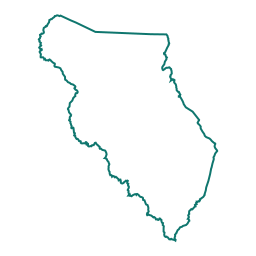 the district of Chikwawa, Chikwawa, Malawi
{"feature_id": "42251766B28594103932184", "entity_name": "Chikwawa", "entity_type": "district", "adm_level": 2, "iso_a3": "MWI", "parent_name": "Malawi", "parent_adm1": "Chikwawa", "projection": "robinson", "projection_center": [34.783, -16.215], "detail": "fine", "context": "isolated", "style": "outline", "palette": "teal", "viewbox_px": 256, "rotation_deg": 0, "n_neighbors": 0, "source": "geoboundaries", "source_scale": "gbopen_adm2", "svg_char_len": 5745}
<svg xmlns="http://www.w3.org/2000/svg" viewBox="0 0 256 256"><path d="M150.7,34.2L95.4,31.9L75.8,22.5L70.8,20.4L60.5,15.6L59.6,16.1L57.7,15.4L56.9,15.4L55.3,16.2L54.8,16.1L54.1,17.2L52.6,18.2L51.8,19.1L51.0,19.1L50.3,19.7L49.4,20.0L49.0,22.4L47.9,23.9L46.8,26.2L46.4,26.4L46.1,25.9L45.9,26.0L45.2,27.0L43.8,27.9L43.3,30.1L43.9,32.1L43.8,32.8L42.8,33.6L42.2,33.8L41.5,33.6L41.0,34.3L40.0,34.8L40.1,35.7L40.7,36.4L40.2,37.2L39.9,38.4L38.9,39.2L38.8,39.5L39.6,40.6L39.4,41.6L40.9,42.9L40.3,44.2L41.2,45.5L41.0,45.8L40.3,45.9L39.2,47.7L40.1,48.5L40.2,49.1L40.5,49.4L41.1,49.4L41.6,49.1L41.8,49.6L41.7,50.1L40.1,51.0L39.6,51.9L40.9,54.2L40.6,56.3L40.7,57.3L41.2,57.4L42.4,57.3L43.3,57.4L44.1,58.6L44.2,59.3L45.0,58.9L45.5,60.1L45.8,60.3L47.3,60.2L48.5,60.6L48.9,59.8L49.6,59.5L49.9,59.9L50.6,60.2L51.3,61.1L53.1,62.7L54.7,63.5L54.9,64.0L54.4,65.8L54.5,66.2L54.9,66.7L58.8,67.5L60.4,68.3L61.4,70.4L62.6,71.8L62.8,73.8L65.0,76.8L65.1,79.3L65.2,79.7L66.6,80.5L68.0,82.2L69.8,82.9L70.8,83.9L73.2,84.6L75.2,86.2L75.4,86.6L75.1,87.6L74.5,88.0L74.4,88.4L75.5,89.7L76.9,90.4L77.5,91.3L77.7,92.0L77.4,92.8L77.1,93.1L76.0,93.1L75.7,93.4L75.2,94.9L75.3,96.2L74.5,96.6L73.8,97.6L73.3,97.9L72.3,100.6L69.8,103.1L69.5,106.6L68.4,107.9L67.9,108.9L68.0,109.4L68.5,109.9L69.1,112.5L70.5,113.9L70.6,114.6L71.1,115.0L70.8,116.1L70.1,116.6L69.8,117.1L69.7,118.7L69.9,119.4L69.2,119.9L69.1,120.3L70.5,121.6L70.4,123.2L70.9,123.9L71.2,125.2L71.7,126.1L71.3,127.6L71.4,128.1L71.9,128.3L73.2,127.7L73.5,128.0L74.0,132.8L74.8,133.1L74.9,133.5L74.2,135.4L75.2,135.7L75.2,136.6L76.2,138.5L76.7,139.0L77.4,138.8L77.8,139.0L78.4,139.7L79.0,141.0L80.6,141.2L80.8,141.6L80.7,142.7L81.3,143.3L82.8,143.4L83.8,143.2L85.2,143.4L85.7,142.2L86.3,142.2L86.9,142.8L86.6,144.6L87.1,144.8L88.0,144.3L88.1,146.0L88.6,146.4L89.8,146.4L90.8,146.0L91.4,146.2L91.8,145.4L92.4,145.4L93.1,145.0L93.7,145.1L94.9,142.9L95.7,142.7L96.8,144.5L97.6,144.9L98.2,145.7L99.6,146.7L99.7,146.9L99.5,147.9L100.0,148.8L100.9,148.6L102.3,149.9L105.0,150.5L105.5,151.1L106.3,152.9L106.6,154.4L105.7,157.1L104.8,158.1L105.7,158.2L106.1,158.8L106.9,159.2L107.2,160.4L108.6,162.1L108.8,163.1L109.3,164.0L109.3,164.4L108.6,166.1L108.5,167.0L108.7,167.8L108.4,169.0L108.9,170.8L109.6,171.8L109.6,173.0L109.8,174.1L110.2,174.5L110.3,175.2L111.5,175.2L111.9,175.7L112.1,176.7L113.0,176.0L113.9,176.2L114.7,177.3L115.1,177.2L115.6,176.8L115.9,176.8L116.3,177.4L116.9,177.6L117.5,178.4L118.4,179.0L118.7,180.5L118.9,180.5L120.0,179.7L120.4,179.6L120.8,180.9L120.8,182.6L121.2,183.2L122.2,183.5L122.7,183.4L123.9,182.6L124.1,182.1L124.9,181.5L125.6,181.3L125.9,180.7L127.3,180.9L128.1,180.1L127.3,182.1L127.2,183.1L128.3,183.9L127.9,184.8L128.2,185.9L128.6,186.1L128.9,186.9L128.7,188.0L127.7,190.0L128.6,191.0L128.4,192.3L128.7,193.0L129.0,194.2L128.9,194.7L128.4,195.5L129.2,195.4L129.5,195.5L129.9,194.9L130.2,195.9L130.8,195.8L131.6,196.2L132.6,195.3L134.6,194.3L136.1,194.1L136.4,194.8L137.0,194.1L137.3,194.0L138.7,195.0L139.2,195.8L140.4,196.9L141.4,197.0L142.8,197.7L143.0,198.1L143.1,199.9L144.5,200.3L145.8,203.9L146.2,204.5L147.5,205.0L148.1,206.6L148.4,208.1L148.2,209.8L148.7,211.5L148.0,212.5L147.4,212.8L146.9,214.2L147.2,215.2L147.5,215.2L148.3,214.2L149.0,214.9L151.4,215.6L153.4,217.4L154.0,217.0L154.3,217.1L155.4,218.0L155.9,219.4L156.7,219.4L157.2,219.2L158.1,220.0L158.5,219.9L159.5,218.5L160.3,218.7L160.5,219.5L161.4,219.9L161.5,221.4L162.0,222.7L163.0,223.1L162.7,225.0L163.6,225.9L163.8,226.7L163.6,227.6L163.6,231.6L163.8,231.9L164.5,232.5L164.2,234.8L164.6,236.1L165.5,236.9L166.6,236.6L167.1,237.2L167.7,237.3L169.3,239.3L170.6,239.4L170.9,238.9L171.3,238.8L172.2,239.4L174.7,240.1L175.4,240.6L175.6,239.8L174.6,238.6L174.7,237.3L175.2,236.1L175.0,234.7L175.8,233.8L176.0,233.3L176.6,232.8L176.7,232.2L177.7,230.1L178.8,229.3L180.1,227.3L181.9,226.8L183.0,225.9L186.1,225.0L187.5,223.6L189.0,220.9L189.3,220.8L189.3,220.3L188.7,219.6L188.5,218.9L187.9,218.8L188.8,217.4L188.6,217.0L188.8,216.6L188.2,215.3L189.2,214.0L189.0,213.8L189.2,211.2L191.3,209.1L191.9,209.5L192.3,209.4L194.8,206.6L195.6,206.4L195.6,205.8L195.0,205.3L194.9,204.9L196.1,204.0L196.5,204.0L196.1,202.9L197.1,202.3L196.8,201.6L198.1,201.5L198.6,201.2L198.7,201.4L199.3,201.4L200.0,200.2L199.9,199.3L200.4,198.8L201.2,198.6L201.6,198.1L203.3,196.9L204.6,195.0L204.4,194.8L205.8,190.3L206.2,187.5L208.4,180.9L210.1,174.1L211.2,168.3L211.5,167.8L212.5,163.4L213.7,159.5L213.8,158.9L213.5,157.3L214.3,156.0L215.2,153.5L217.2,151.0L217.1,150.5L215.3,148.2L214.6,146.6L214.8,145.0L215.3,143.9L215.2,143.5L213.9,142.8L211.7,140.9L210.8,139.7L209.5,138.5L206.2,137.1L204.8,135.8L204.2,134.0L202.5,131.6L200.8,128.7L200.6,127.9L200.7,126.5L200.5,126.2L199.1,124.5L198.1,123.7L197.6,122.8L198.7,120.6L199.0,120.4L199.1,119.9L192.6,111.6L185.8,107.3L183.7,104.1L183.3,102.7L182.5,100.9L180.9,98.0L179.8,96.7L178.8,96.7L178.8,96.1L179.0,96.0L179.4,95.9L179.5,96.3L180.0,96.0L179.8,95.2L180.3,94.7L179.8,94.0L179.6,93.2L178.8,92.5L178.8,91.9L178.1,91.8L176.7,90.3L176.6,89.6L176.7,88.8L176.2,87.4L176.3,86.5L175.8,84.5L175.5,84.0L174.6,83.1L174.1,82.2L174.5,80.1L173.8,79.6L173.2,80.0L172.7,79.3L171.0,80.5L171.2,80.0L171.1,78.7L170.3,77.3L170.1,76.7L170.6,76.0L170.4,75.6L170.6,75.0L171.2,74.5L171.8,73.3L171.6,72.0L171.6,71.0L171.2,70.0L171.1,69.0L170.3,68.4L169.7,67.6L169.2,67.3L167.8,67.8L166.7,67.7L165.4,68.3L164.7,69.1L163.1,70.1L162.7,69.8L162.2,68.2L162.3,67.1L163.6,65.1L164.2,64.6L164.9,61.6L166.4,59.3L166.4,58.0L166.9,57.5L166.7,57.2L166.0,56.8L165.4,54.6L165.1,54.3L164.3,54.3L164.0,53.8L164.0,53.1L165.2,52.1L167.2,47.7L168.7,45.0L168.8,44.6L168.6,44.2L169.2,43.6L169.1,42.9L168.6,41.7L168.5,40.4L168.2,39.8L168.4,38.8L167.7,37.2L167.6,36.1L166.4,34.4L150.7,34.2Z" fill="none" stroke="#0f766e" stroke-width="2"/></svg>